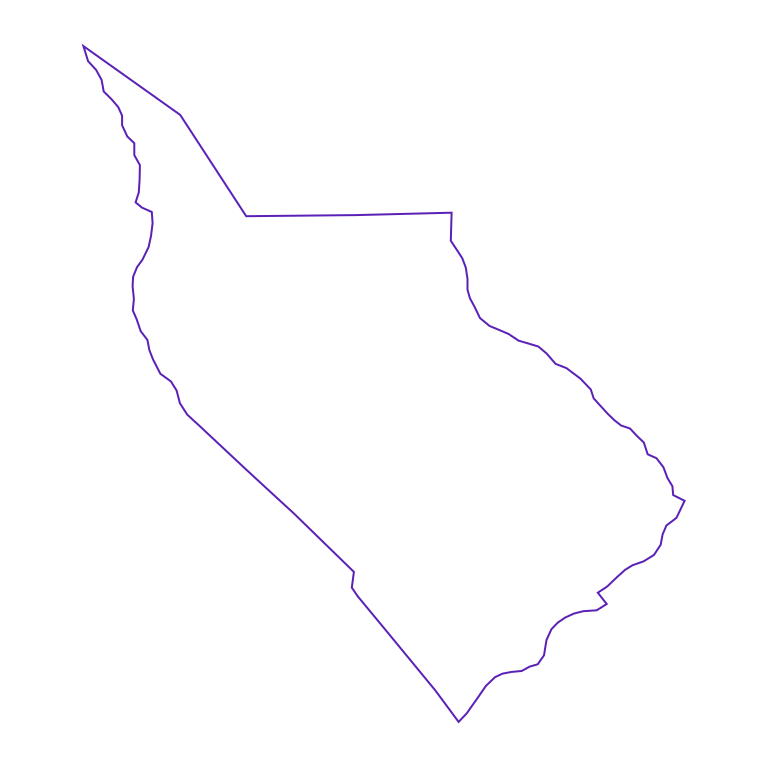 outline of Passo de Camaragibe, Alagoas, Brazil
{"feature_id": "56859067B78518130671602", "entity_name": "Passo de Camaragibe", "entity_type": "district", "adm_level": 2, "iso_a3": "BRA", "parent_name": "Brazil", "parent_adm1": "Alagoas", "projection": "natural_earth1", "projection_center": [-35.496, -9.247], "detail": "fine", "context": "isolated", "style": "outline", "palette": "violet", "viewbox_px": 768, "rotation_deg": 0, "n_neighbors": 0, "source": "geoboundaries", "source_scale": "gbopen_adm2", "svg_char_len": 1522}
<svg xmlns="http://www.w3.org/2000/svg" viewBox="0 0 768 768"><path d="M458.6,721.9L466.7,713.4L471.6,706.4L478.0,697.4L485.9,685.9L495.1,677.1L502.6,673.6L511.8,671.9L521.6,671.0L529.7,666.6L537.7,664.3L544.0,655.3L546.5,640.0L551.5,629.1L557.8,622.6L565.3,617.5L573.8,613.6L583.2,611.2L596.7,610.3L606.7,604.0L597.8,592.7L607.2,586.5L616.5,577.6L625.1,569.8L632.6,565.2L643.5,561.4L654.0,554.9L660.7,544.7L662.6,534.4L666.4,525.5L676.5,517.8L684.6,500.8L673.2,495.1L672.4,486.2L667.5,478.1L663.4,467.2L656.5,458.2L647.7,454.3L643.8,442.5L636.5,435.5L630.0,428.5L621.1,425.5L614.6,420.4L608.0,414.1L599.4,404.7L593.7,398.4L590.8,389.5L580.4,378.6L566.4,368.1L555.6,363.9L546.6,353.5L538.3,346.5L518.5,340.6L508.6,334.0L496.9,329.0L489.6,326.0L480.0,318.1L474.5,306.7L469.9,298.2L467.5,289.7L467.5,278.8L465.8,267.7L462.3,258.3L457.4,250.7L450.8,240.8L451.6,212.7L355.9,215.1L246.2,216.2L180.2,114.9L83.4,46.1L88.1,61.2L96.1,69.9L101.6,79.9L103.7,91.5L111.5,99.2L118.3,107.2L122.1,115.7L122.1,125.3L127.3,136.5L134.3,143.2L134.3,155.1L139.9,165.1L139.6,179.3L138.8,192.4L135.6,202.4L142.1,207.7L151.8,212.0L152.6,223.2L151.0,236.0L148.6,247.1L142.4,259.8L137.0,267.2L133.1,276.8L132.6,286.4L133.9,298.9L132.8,310.4L136.7,319.4L140.7,331.2L147.4,339.9L149.4,350.2L153.1,359.6L160.4,373.8L170.9,381.4L176.6,390.5L179.9,403.2L187.2,414.6L200.7,427.0L212.1,437.7L244.7,468.2L273.2,494.5L293.6,513.2L353.9,571.9L351.8,587.6L357.8,596.4L385.6,630.0L435.3,690.4L458.6,721.9Z" fill="none" stroke="#5b21b6" stroke-width="2"/></svg>